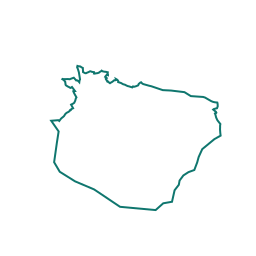 outline of Ilorin West, Kwara, Nigeria, rotated 311°
{"feature_id": "59680162B83241100924072", "entity_name": "Ilorin West", "entity_type": "district", "adm_level": 2, "iso_a3": "NGA", "parent_name": "Nigeria", "parent_adm1": "Kwara", "projection": "equal_earth", "projection_center": [4.537, 8.465], "detail": "fine", "context": "isolated", "style": "outline", "palette": "teal", "viewbox_px": 256, "rotation_deg": 311, "n_neighbors": 0, "source": "geoboundaries", "source_scale": "gbopen_adm2", "svg_char_len": 2788}
<svg xmlns="http://www.w3.org/2000/svg" viewBox="0 0 256 256"><g transform="rotate(311 128 128)"><path d="M141.7,49.1L140.5,49.7L139.5,51.7L137.8,54.4L133.2,59.9L132.1,60.2L130.6,61.2L130.8,59.7L130.5,58.1L129.9,57.7L130.4,54.1L127.0,52.2L126.6,52.1L125.5,50.5L124.9,49.8L124.4,49.4L123.5,48.3L122.5,47.2L122.1,46.4L121.8,46.4L122.0,47.9L121.9,49.0L121.8,50.1L121.4,50.7L121.1,50.8L120.7,51.4L120.3,51.9L119.9,52.2L119.7,52.5L119.5,53.2L119.8,55.3L120.2,56.7L120.3,57.6L120.7,58.5L121.5,58.6L122.2,58.8L121.1,63.8L119.8,62.7L119.1,64.1L118.4,65.9L117.7,67.9L117.3,69.0L116.7,69.1L116.1,69.2L114.9,69.8L113.9,70.3L113.0,70.5L111.8,70.9L110.2,70.5L108.3,69.7L106.9,73.6L105.4,73.0L103.8,72.6L103.7,73.0L102.6,72.7L101.7,72.6L101.3,72.6L100.4,72.2L99.1,71.7L98.1,71.6L97.6,71.5L94.9,71.9L93.5,71.7L92.6,71.5L91.0,71.3L88.2,71.5L88.2,70.3L83.1,65.3L79.9,77.9L70.2,84.0L53.7,94.7L50.2,105.2L53.0,123.0L59.4,142.7L63.3,173.7L84.2,202.7L94.3,204.0L101.2,209.6L111.6,204.0L118.5,203.6L122.2,201.4L128.5,200.9L134.4,202.6L139.8,205.6L147.4,202.8L152.4,200.4L156.7,199.1L160.8,197.9L176.3,200.5L183.0,202.9L184.9,200.8L186.0,199.7L187.4,198.3L188.9,197.1L189.8,196.3L190.0,196.1L190.3,195.9L191.6,195.1L192.0,193.0L192.5,190.4L193.7,187.7L195.5,185.1L195.9,184.2L196.4,184.4L197.3,184.7L197.5,184.6L197.4,183.8L197.9,183.6L197.8,180.2L198.5,180.3L199.4,180.9L200.0,181.2L201.0,182.0L201.3,182.2L203.2,181.5L204.6,180.2L205.4,179.3L205.8,178.7L204.4,176.7L203.5,175.0L202.9,173.3L201.5,166.1L200.7,164.3L193.3,154.5L192.1,147.1L184.5,135.9L179.4,129.4L174.8,118.2L173.7,116.1L171.2,110.8L170.9,109.7L171.1,107.9L170.3,107.5L169.0,107.3L168.2,107.2L166.9,107.7L164.7,106.6L162.9,105.4L162.7,104.5L162.2,104.4L161.7,104.4L161.4,104.5L161.3,104.3L161.0,103.6L160.7,102.9L160.3,102.0L160.1,101.5L160.0,101.3L159.4,100.2L159.0,98.8L158.7,97.4L157.8,95.5L157.4,93.3L157.2,92.8L156.2,90.5L156.9,90.0L157.0,89.6L157.3,89.0L157.3,87.8L157.1,86.8L156.6,87.7L155.7,87.1L155.1,86.3L154.3,86.2L152.4,85.8L150.5,85.1L150.0,85.0L149.9,84.3L149.9,83.5L149.9,82.9L149.9,82.3L150.0,82.1L150.0,81.8L149.9,81.8L149.8,81.7L149.6,81.7L149.7,81.4L150.0,81.4L150.0,81.1L150.1,80.9L150.1,80.6L150.2,79.6L150.5,79.0L151.7,79.2L151.7,78.8L151.7,78.3L151.7,77.6L151.6,77.2L152.1,77.1L152.9,77.1L153.7,77.1L154.3,77.0L154.6,78.0L154.7,78.3L155.0,78.1L155.5,77.2L156.3,76.5L156.8,76.2L156.7,76.0L156.4,75.5L156.1,74.8L155.5,73.9L155.1,73.4L154.6,72.5L154.1,71.6L154.0,70.5L153.3,70.5L152.7,70.2L151.3,69.8L150.8,69.8L150.6,69.7L149.4,69.0L148.4,68.1L147.1,67.1L146.8,66.6L147.7,66.1L147.9,65.8L146.7,63.9L146.2,62.5L145.8,62.1L145.2,61.9L144.0,61.4L142.9,60.8L142.0,60.5L141.3,59.8L141.1,59.0L140.7,57.4L143.7,54.5L143.3,53.2L143.2,51.8L142.9,51.1L142.4,50.7L141.7,49.1Z" fill="none" stroke="#0f766e" stroke-width="2"/></g></svg>